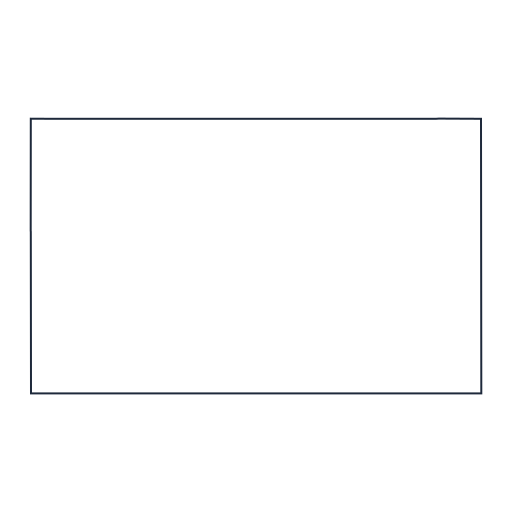 Dallam, Texas, United States of America (Robinson projection)
{"feature_id": "52423323B63824106950713", "entity_name": "Dallam", "entity_type": "district", "adm_level": 2, "iso_a3": "USA", "parent_name": "United States of America", "parent_adm1": "Texas", "projection": "robinson", "projection_center": [-102.699, 36.278], "detail": "fine", "context": "isolated", "style": "outline", "palette": "slate", "viewbox_px": 512, "rotation_deg": 0, "n_neighbors": 0, "source": "geoboundaries", "source_scale": "gbopen_adm2", "svg_char_len": 241}
<svg xmlns="http://www.w3.org/2000/svg" viewBox="0 0 512 512"><path d="M51.0,118.8L30.8,118.7L30.7,231.1L30.8,231.6L31.0,393.4L481.3,393.4L481.0,118.8L438.8,118.6L436.0,118.8L51.0,118.8Z" fill="none" stroke="#1e293b" stroke-width="2"/></svg>